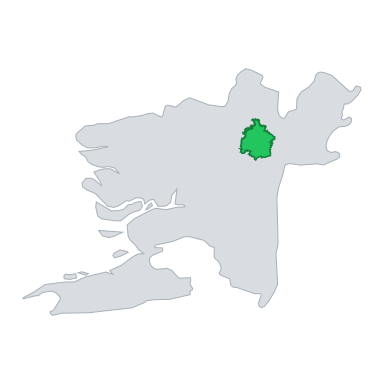 Bogra, Rajshahi, Bangladesh shown in context, rotated 90°
{"feature_id": "16705992B87441692505107", "entity_name": "Bogra", "entity_type": "district", "adm_level": 2, "iso_a3": "BGD", "parent_name": "Bangladesh", "parent_adm1": "Rajshahi", "projection": "mercator", "projection_center": [89.284, 24.83], "detail": "fine", "context": "in_parent", "style": "filled", "palette": "green", "viewbox_px": 384, "rotation_deg": 90, "n_neighbors": 0, "source": "geoboundaries", "source_scale": "gbopen_adm2", "svg_char_len": 9461}
<svg xmlns="http://www.w3.org/2000/svg" viewBox="0 0 384 384"><g transform="rotate(90 192 192)"><path d="M123.7,286.1L123.7,275.6L116.7,254.9L117.1,252.6L115.6,242.6L113.9,237.1L113.0,231.2L117.1,222.7L115.5,221.3L106.2,218.7L105.1,216.5L107.1,208.1L100.5,200.2L97.8,194.3L104.9,175.1L106.7,161.7L106.2,159.1L101.8,156.1L94.1,154.9L88.7,152.4L85.5,148.6L82.8,147.1L79.5,148.2L75.3,146.7L71.7,142.9L68.7,138.4L69.9,133.3L75.5,121.5L77.6,121.1L82.4,123.4L84.2,123.4L87.4,118.7L91.9,105.3L107.5,106.4L111.2,106.0L115.1,104.9L117.2,103.2L118.4,101.1L118.0,99.2L113.2,96.7L111.4,94.8L110.0,89.4L108.6,87.4L99.2,87.1L94.4,84.6L91.7,82.4L86.9,75.1L81.0,69.6L75.4,68.4L73.2,66.6L72.0,63.8L72.7,59.7L75.5,52.0L91.0,35.1L91.4,33.2L90.8,31.1L86.3,28.4L86.0,27.0L87.3,23.5L89.9,23.0L95.2,26.3L100.7,31.5L103.9,36.1L104.0,39.8L108.2,40.5L111.8,42.1L115.4,41.6L117.8,42.5L119.4,42.2L120.0,40.1L116.9,34.8L118.4,32.6L122.0,32.7L124.6,34.7L126.4,38.8L126.8,45.1L131.0,50.8L136.5,54.9L140.8,56.8L146.0,58.1L150.4,56.8L152.6,52.8L151.6,49.3L152.3,46.1L154.1,44.3L156.9,44.4L159.0,46.9L165.0,60.6L163.8,66.7L165.1,83.3L163.6,94.2L164.5,98.4L165.6,99.1L174.7,101.2L187.9,105.5L198.0,107.1L243.7,105.9L253.6,108.0L284.1,106.4L292.4,109.9L301.5,115.5L306.5,119.7L307.4,122.1L306.9,124.2L305.2,125.3L302.1,125.3L294.9,122.6L293.7,123.4L293.6,129.9L287.8,146.2L286.9,151.3L284.9,153.3L278.9,154.3L274.9,163.8L273.2,164.9L269.3,162.9L266.8,163.2L263.8,164.1L260.7,166.3L258.5,169.0L256.1,169.9L247.6,169.7L246.0,174.1L240.4,179.9L236.6,195.1L236.8,199.7L241.6,211.8L244.8,227.5L246.1,229.1L247.7,229.2L247.8,222.0L249.3,221.1L251.3,221.9L255.3,231.6L257.6,234.0L261.1,234.7L265.2,233.3L268.2,230.4L269.4,227.4L268.3,216.8L270.2,212.5L277.1,206.1L278.2,204.2L277.7,193.6L280.3,193.2L283.8,194.1L288.3,191.5L289.6,191.5L291.5,194.2L294.6,193.7L299.4,214.7L299.7,229.5L300.8,237.7L302.5,239.5L307.8,251.8L312.7,294.9L313.2,322.1L315.3,331.4L313.6,333.5L311.9,333.9L310.3,330.6L299.2,323.7L296.4,324.4L292.6,328.4L291.1,332.1L291.7,337.4L293.0,342.5L295.6,345.4L295.8,348.7L298.8,360.9L297.9,361.0L291.9,349.9L284.5,338.9L282.1,319.3L281.9,309.6L276.8,298.2L272.1,278.3L274.2,271.2L270.6,274.3L265.0,262.3L256.3,250.5L253.8,245.3L253.7,240.2L249.9,245.3L244.8,248.9L239.5,254.3L236.1,255.9L225.1,256.9L218.7,249.7L209.6,232.1L208.4,228.1L209.6,217.7L207.4,207.8L206.8,199.1L205.2,199.9L204.5,202.3L204.9,205.9L204.2,209.0L188.9,207.0L195.4,212.2L202.4,213.4L206.1,218.1L206.3,225.8L199.4,230.4L200.0,234.3L204.0,239.1L199.2,240.4L197.9,243.5L197.8,248.0L201.1,254.7L200.6,257.4L206.3,266.3L207.4,270.5L206.0,276.5L193.5,288.7L189.9,297.3L186.8,301.3L183.0,302.0L178.3,298.0L178.2,293.8L179.2,290.4L185.7,282.4L182.2,283.5L172.0,290.1L170.1,284.8L168.8,279.8L168.8,273.6L173.7,264.5L168.2,269.1L166.6,274.8L167.3,281.5L166.6,286.2L164.4,292.4L161.5,296.1L156.7,298.5L154.6,302.2L151.4,304.9L150.3,292.4L146.8,275.5L146.1,279.2L147.9,289.6L147.8,296.4L145.2,301.8L139.9,307.5L135.9,308.3L133.5,307.5L126.0,298.8L125.3,290.6L123.7,286.1ZM216.1,286.3L206.8,288.3L202.0,287.7L210.9,272.5L210.6,265.7L209.2,260.2L204.7,255.7L204.5,252.6L202.4,248.2L201.4,243.1L206.4,241.5L210.4,244.4L211.9,250.2L213.9,254.5L220.9,263.4L220.8,268.9L218.9,282.2L216.1,286.3ZM236.0,281.3L230.4,285.4L232.2,261.4L236.4,270.3L237.5,275.1L236.0,281.3ZM257.8,269.4L255.3,271.1L253.0,269.6L250.0,264.0L251.5,256.8L252.4,255.8L256.0,263.1L257.8,269.4ZM278.8,319.8L275.5,320.1L274.0,318.4L274.7,316.0L273.8,308.2L277.9,307.5L279.4,313.9L278.8,319.8ZM275.2,298.2L272.8,305.9L271.8,302.4L273.5,295.7L275.2,298.2ZM208.8,235.7L209.8,238.2L204.6,235.0L203.2,232.7L205.5,231.5L208.8,235.7Z" fill="#d9dde1" stroke="#a8b0b8" stroke-width="1"/><path d="M155.6,113.7L155.2,114.1L154.8,114.0L153.6,113.4L153.1,113.4L152.8,113.7L152.6,113.8L152.0,113.9L151.7,113.8L151.6,114.1L151.3,114.0L151.2,114.2L149.9,113.9L149.5,114.0L149.3,113.9L149.3,113.7L148.9,114.0L148.5,114.0L147.9,113.8L147.7,113.5L147.3,113.4L147.2,112.9L146.4,112.8L146.2,113.2L145.7,113.2L145.8,113.0L145.9,112.8L145.6,112.8L145.5,112.6L145.2,112.6L145.3,112.9L145.2,113.1L145.0,112.8L145.3,112.2L145.2,111.9L144.6,112.1L144.8,112.3L144.6,112.4L144.4,112.3L144.4,112.1L144.0,112.1L143.7,112.6L143.6,112.0L143.3,111.9L143.1,111.5L142.9,111.8L142.3,111.8L142.6,112.4L142.1,112.4L141.9,112.5L141.8,113.6L141.7,113.4L141.6,113.1L141.4,112.9L140.7,112.4L140.2,112.5L140.0,111.6L140.2,111.2L139.9,111.2L139.8,110.9L139.6,110.8L139.4,110.5L139.2,110.7L139.0,110.4L138.7,110.5L139.0,110.3L139.2,109.9L138.9,109.8L138.8,109.2L138.2,109.2L137.9,109.6L137.5,109.6L137.1,109.4L137.1,109.6L136.9,109.5L136.8,109.9L136.4,110.2L135.9,111.3L135.4,111.5L134.6,112.4L134.4,112.4L134.2,112.6L134.4,113.3L134.1,113.6L133.9,114.2L134.0,114.7L133.6,115.2L133.2,115.3L132.5,114.7L132.4,115.0L132.8,115.1L132.6,115.4L132.2,115.5L132.0,116.1L131.5,116.4L131.9,116.4L132.0,116.6L131.5,116.6L131.2,116.7L131.2,117.0L131.6,117.3L130.9,117.4L130.5,118.2L130.7,118.5L130.8,118.4L131.0,118.6L130.9,118.9L131.0,119.1L131.0,119.5L131.1,119.8L130.8,119.7L130.6,119.2L127.5,119.4L127.8,118.6L127.3,118.5L127.3,118.3L127.1,118.3L126.9,118.4L126.8,118.2L126.5,118.1L126.3,118.6L125.7,118.7L125.9,119.6L126.0,119.5L125.5,120.3L125.6,120.6L125.4,120.7L125.5,120.9L125.8,121.5L126.0,121.6L126.0,122.1L126.4,122.1L126.2,122.5L126.2,122.8L125.8,123.0L125.3,122.7L125.0,123.2L125.3,123.2L125.4,123.7L125.7,123.6L125.8,123.8L125.3,123.9L125.1,124.2L124.5,123.9L124.4,124.2L124.1,124.2L123.9,124.6L123.7,124.4L123.5,124.5L123.4,124.4L123.1,124.5L122.9,124.7L122.9,124.9L122.1,124.8L121.8,125.3L121.5,125.2L121.5,124.8L121.0,124.9L120.4,124.7L119.8,125.1L119.6,125.3L119.7,126.0L119.8,126.0L119.8,126.5L120.3,126.5L120.0,126.8L119.8,126.6L119.8,126.8L119.4,126.8L119.5,127.7L120.0,127.8L120.0,128.0L119.8,128.1L119.7,128.8L119.4,128.8L119.8,129.2L119.7,129.3L119.6,129.8L119.2,130.3L119.2,130.8L119.2,131.4L119.6,131.8L119.6,131.5L119.9,131.3L120.4,131.5L120.4,130.9L120.6,130.9L120.8,130.2L121.2,130.2L121.6,130.3L121.7,130.0L122.1,129.9L122.1,129.4L122.3,129.3L123.0,129.3L123.5,128.8L123.8,128.8L123.9,129.3L124.1,129.0L124.4,129.3L124.5,129.3L124.7,129.1L124.8,129.3L124.8,129.0L125.0,129.0L125.1,128.9L125.6,129.0L125.7,129.3L125.4,129.9L125.4,130.3L125.7,130.4L125.5,130.6L125.8,130.8L125.7,131.0L126.1,131.1L125.8,131.3L125.5,131.7L126.2,132.1L125.9,132.3L125.7,132.5L125.4,132.3L125.4,133.0L126.3,132.6L126.7,132.9L126.7,133.2L126.8,133.1L127.0,133.2L127.1,133.3L127.4,133.3L127.5,133.1L127.3,132.9L126.9,132.8L127.2,132.7L127.8,132.9L127.9,133.3L128.0,132.6L127.9,132.5L128.0,132.7L127.8,132.8L127.7,132.4L127.9,132.2L127.9,131.9L127.7,131.8L128.0,131.8L127.9,131.7L128.1,131.6L128.1,132.0L128.3,132.2L128.6,131.9L129.0,131.8L129.0,132.6L128.8,132.6L128.7,132.8L128.9,132.9L128.7,133.3L128.2,133.4L128.3,133.7L128.0,133.9L128.3,134.0L128.0,134.1L128.1,134.7L128.4,134.7L128.2,135.0L128.5,134.9L128.6,135.4L129.1,135.2L129.1,134.9L129.3,134.8L129.7,135.0L129.7,135.3L129.9,135.4L129.9,135.8L129.7,136.0L129.2,136.0L129.2,135.7L128.7,135.8L128.8,136.5L128.3,136.7L128.4,137.4L128.2,137.4L128.6,137.9L128.6,138.2L128.8,138.6L129.2,138.7L129.2,138.9L129.0,139.0L129.4,139.0L129.4,138.9L130.2,138.7L130.1,138.3L130.4,138.1L130.1,137.9L130.3,137.3L130.6,137.4L130.8,137.1L131.2,137.0L131.3,137.2L131.2,137.6L131.6,137.6L131.7,137.4L131.9,137.6L131.9,138.0L132.2,138.0L132.0,138.3L131.7,138.4L131.7,138.9L131.5,139.2L131.8,139.2L132.0,139.7L132.1,139.3L132.5,139.2L132.6,139.8L132.4,140.0L132.6,140.1L132.7,140.6L132.9,140.8L133.0,141.2L133.7,140.9L133.6,140.7L133.6,140.3L133.8,140.3L134.0,139.9L134.6,139.7L134.6,139.2L134.3,139.1L134.3,138.8L134.6,138.8L134.8,138.5L134.7,138.3L135.3,138.2L135.4,138.5L135.6,138.5L135.9,138.3L136.0,138.5L136.6,138.5L136.8,138.7L136.8,138.8L137.0,138.9L136.9,139.1L137.4,139.2L137.5,140.1L138.6,140.0L138.4,140.7L138.5,141.3L138.8,141.7L138.7,141.8L138.9,141.8L138.8,142.0L139.0,142.0L138.9,142.3L139.1,142.4L139.5,142.1L139.5,142.4L140.1,142.5L140.3,142.4L140.4,142.5L140.7,142.5L140.9,142.7L141.2,142.7L141.4,142.7L141.5,142.5L141.9,142.5L142.0,142.8L142.5,142.8L142.9,142.7L142.9,142.3L143.7,142.3L143.8,142.6L144.0,142.6L144.0,142.9L145.4,143.1L145.4,143.3L145.6,143.4L145.9,143.2L146.3,143.3L146.3,142.8L147.0,142.5L147.6,142.8L148.2,142.5L148.9,142.8L148.8,143.7L149.1,143.3L149.5,143.1L149.2,142.6L149.4,142.1L149.8,142.7L150.2,142.7L150.2,143.1L150.6,143.0L150.7,142.6L151.2,142.7L151.2,143.1L151.4,143.1L151.7,143.0L151.8,143.1L151.8,142.9L152.4,142.8L152.5,142.6L153.2,142.2L153.3,141.8L153.2,141.5L153.3,141.0L153.0,140.3L153.2,139.7L152.8,139.3L152.5,139.4L152.1,138.8L151.9,138.9L151.5,138.7L150.8,139.0L150.4,139.0L150.4,138.6L150.7,138.7L150.9,138.4L150.6,137.6L151.0,136.9L150.3,137.0L150.1,136.8L150.4,136.2L150.6,136.0L150.4,135.7L150.4,135.4L150.8,135.3L150.8,135.0L151.0,134.7L150.8,134.5L150.7,134.2L150.7,133.9L151.1,133.4L151.2,134.1L151.4,134.5L151.7,134.1L152.6,133.9L152.8,134.0L152.9,134.3L153.4,134.4L153.5,134.9L153.7,135.1L153.7,134.8L153.8,134.9L154.0,134.8L154.4,135.0L155.3,134.0L155.5,134.0L155.4,133.5L155.1,133.1L155.6,133.0L155.9,132.6L156.3,132.4L156.0,131.4L156.6,131.3L156.5,130.9L157.0,130.4L157.1,129.3L157.4,129.2L159.2,129.5L160.0,128.3L159.0,127.8L157.6,126.5L157.4,126.1L157.3,125.5L156.7,124.4L156.6,123.5L156.3,123.0L157.0,122.7L157.3,122.1L157.7,122.1L157.5,121.4L157.2,121.3L156.9,120.6L157.3,119.6L157.2,118.4L157.0,117.9L156.4,117.2L156.3,116.0L155.6,113.7Z" fill="#22c55e" stroke="#15803d" stroke-width="1.5"/></g></svg>